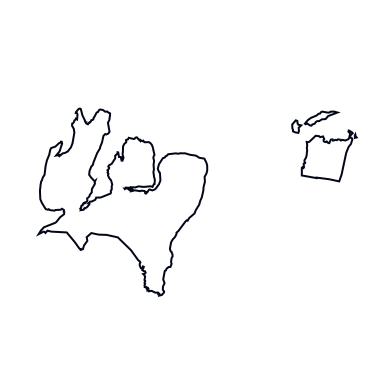 Buton Tengah, Sulawesi Tenggara, Indonesia, rotated 192°
{"feature_id": "22746128B6718763508294", "entity_name": "Buton Tengah", "entity_type": "district", "adm_level": 2, "iso_a3": "IDN", "parent_name": "Indonesia", "parent_adm1": "Sulawesi Tenggara", "projection": "equal_earth", "projection_center": [122.47, -5.333], "detail": "fine", "context": "isolated", "style": "outline", "palette": "ink", "viewbox_px": 384, "rotation_deg": 192, "n_neighbors": 0, "source": "geoboundaries", "source_scale": "gbopen_adm2", "svg_char_len": 6040}
<svg xmlns="http://www.w3.org/2000/svg" viewBox="0 0 384 384"><g transform="rotate(192 192 192)"><path d="M202.6,83.8L200.1,85.0L198.5,87.9L198.6,88.9L200.1,90.2L200.6,92.2L200.7,93.6L199.9,97.2L202.0,100.5L202.2,109.1L201.3,109.8L200.9,111.7L199.3,113.7L197.5,114.2L197.0,117.4L198.0,119.4L198.2,123.0L197.6,125.1L198.0,126.6L199.5,129.1L200.4,129.4L201.4,131.0L201.8,132.1L202.0,138.3L201.1,141.3L199.1,144.8L198.4,148.1L198.7,149.0L197.1,151.2L192.2,161.9L191.0,163.4L190.3,163.1L189.3,166.0L185.1,171.5L184.5,175.0L182.3,181.2L182.1,185.1L181.3,188.7L181.2,195.9L181.7,198.8L181.5,204.7L182.8,209.5L181.7,213.2L181.6,216.3L182.7,221.2L184.0,223.6L186.8,227.2L192.0,227.0L195.6,228.4L201.7,228.0L206.7,228.4L211.7,227.4L213.2,226.6L216.0,226.4L223.1,224.0L224.3,222.1L225.3,221.4L225.7,220.2L227.6,218.9L230.1,212.2L230.3,207.7L228.6,204.9L227.7,204.5L227.1,203.2L225.3,196.7L225.9,192.8L228.2,187.7L229.2,186.5L231.2,185.3L233.8,185.7L234.5,185.3L235.6,182.6L236.6,182.6L236.4,181.2L236.8,180.8L237.5,181.0L238.0,182.6L238.8,183.1L241.6,182.8L242.9,182.0L248.1,181.8L250.4,180.7L249.8,181.7L250.7,182.1L251.1,181.2L252.3,180.5L252.8,181.4L253.5,180.9L254.4,181.5L255.2,181.0L254.8,181.7L255.5,182.0L257.7,181.7L258.3,180.9L258.6,181.2L258.2,181.2L257.8,182.5L254.0,183.1L252.7,182.7L252.1,183.3L252.6,184.0L248.4,184.7L245.5,186.4L240.4,186.9L233.6,189.0L231.7,188.8L230.9,191.8L230.3,192.0L230.4,193.0L230.9,196.3L232.2,198.8L233.9,203.5L233.9,206.0L235.2,210.4L235.6,214.7L236.9,217.3L236.9,219.2L236.4,220.4L239.7,227.7L241.2,229.9L242.9,231.2L244.5,231.8L248.9,230.8L251.0,232.6L250.7,232.0L251.0,231.5L252.9,231.9L252.6,231.3L252.9,230.9L253.9,231.7L254.0,232.3L254.8,232.1L257.3,234.0L258.6,233.4L259.2,232.1L260.3,231.7L265.1,231.9L265.6,230.2L267.3,229.2L266.7,227.0L268.3,224.8L268.9,222.3L267.9,216.5L267.9,215.0L267.0,212.8L267.2,210.9L267.0,210.5L266.9,212.8L266.1,211.1L266.5,208.3L267.4,208.1L269.0,211.4L270.7,211.1L272.4,215.4L273.1,215.4L272.9,214.1L274.7,211.6L274.1,208.9L276.4,202.9L278.8,200.7L279.2,199.5L278.0,198.4L278.3,197.0L279.2,195.8L278.5,195.2L278.4,194.1L278.7,193.6L277.5,192.3L277.8,191.4L277.5,190.6L275.5,188.0L273.6,186.6L271.6,182.8L271.7,180.8L271.0,177.7L271.7,176.4L271.1,174.5L271.4,173.5L280.2,167.6L284.6,166.6L284.9,164.4L287.9,161.9L289.7,161.4L290.8,159.6L290.0,159.8L289.8,158.6L291.5,155.4L293.7,153.3L293.9,153.5L294.4,152.1L296.8,151.2L296.6,151.7L297.0,152.4L297.8,152.5L297.2,153.9L297.4,155.0L296.6,155.4L297.1,155.4L297.1,155.8L296.2,156.2L296.2,157.6L295.6,158.7L294.8,158.5L294.5,159.3L294.2,159.0L292.8,160.9L292.6,162.1L293.3,163.9L292.0,165.4L291.3,167.0L291.4,168.0L290.0,170.7L290.5,174.1L288.6,180.0L289.2,180.9L288.9,183.0L289.2,182.6L290.2,182.7L293.7,185.2L296.2,187.5L296.6,191.5L295.7,196.3L294.9,197.2L294.5,198.7L294.6,199.9L292.9,210.2L291.1,215.5L291.1,217.5L290.3,221.8L290.3,228.5L289.0,230.6L287.7,230.5L286.0,231.8L285.2,233.8L288.6,242.2L287.8,245.4L288.3,251.4L288.7,252.0L290.2,252.2L291.6,253.1L293.6,252.5L295.9,253.6L298.5,253.7L299.6,253.2L300.1,252.6L300.4,250.9L301.8,249.9L303.1,245.1L303.6,244.5L303.6,242.5L304.5,241.6L305.0,241.6L305.1,242.2L305.8,239.5L306.5,238.6L306.8,238.8L307.9,236.6L309.7,237.1L309.8,238.1L310.4,237.9L311.4,238.9L311.4,239.4L315.1,244.2L318.0,250.0L319.0,250.3L320.2,249.6L322.1,246.0L322.1,245.1L321.1,245.4L320.1,244.1L319.5,239.1L320.9,239.6L321.2,238.2L321.9,237.5L322.0,236.2L322.6,234.6L323.3,234.3L323.5,234.8L323.1,231.8L320.8,229.3L319.4,225.6L319.0,214.8L319.7,210.5L321.9,205.9L324.5,203.7L326.5,202.9L329.2,199.4L329.9,199.8L329.8,200.6L332.5,199.4L330.0,204.2L329.1,212.3L329.8,214.0L330.7,214.0L331.1,212.8L332.2,212.1L335.1,208.0L338.8,205.8L339.4,204.1L339.4,198.8L340.5,192.7L340.6,187.2L339.8,178.1L341.0,175.0L341.2,172.3L341.7,170.9L341.6,167.5L341.0,161.7L338.9,153.5L336.7,150.3L332.1,145.4L331.2,144.8L329.2,144.7L328.5,145.4L327.3,144.8L322.7,145.1L321.8,146.0L316.9,147.3L315.6,148.6L313.4,147.6L313.3,145.9L312.7,145.7L312.5,143.7L315.8,139.8L318.4,134.5L319.4,133.4L329.4,126.8L331.8,122.8L333.2,118.9L329.3,122.1L328.2,122.4L326.8,121.5L325.4,124.1L321.4,124.0L306.1,126.4L296.2,118.6L290.1,113.0L288.9,113.2L288.7,112.3L286.8,113.4L286.5,117.3L284.2,122.4L285.6,125.9L281.9,130.9L274.5,130.9L266.5,132.3L255.1,132.2L239.6,122.4L230.2,113.9L229.0,113.5L227.8,112.4L228.2,111.1L227.9,109.4L226.2,106.9L224.8,107.0L224.4,109.0L223.6,108.8L223.8,107.0L224.5,105.4L222.8,104.6L221.5,104.7L220.6,103.5L221.0,102.5L222.7,101.6L221.4,100.8L220.2,99.3L220.2,96.0L219.2,95.2L219.6,93.3L218.7,92.4L219.1,91.2L218.5,89.2L217.4,89.6L216.2,87.9L215.7,88.1L215.7,89.2L215.2,89.1L214.5,88.2L215.1,87.8L215.1,86.4L214.1,86.8L213.7,85.9L210.9,86.9L206.9,85.9L204.7,86.5L204.1,85.5L203.7,86.2L202.7,85.7L202.6,83.8ZM46.5,272.1L46.1,276.8L46.7,277.8L48.4,278.0L48.8,278.7L48.4,281.0L47.0,282.8L47.4,283.4L50.9,284.7L51.5,284.7L51.5,283.5L50.0,282.6L49.4,281.2L49.6,277.2L50.1,276.1L52.6,274.3L56.1,274.2L57.0,273.3L58.3,274.0L60.2,273.8L61.1,272.8L62.2,272.9L64.7,271.6L65.4,272.7L66.0,272.6L67.1,272.0L67.9,268.3L69.0,268.3L70.5,269.4L71.0,269.4L71.5,268.6L73.1,268.7L73.9,269.3L74.1,270.6L73.7,271.3L75.4,273.6L78.0,272.3L79.2,273.0L82.7,272.7L87.6,265.6L88.9,264.8L90.2,264.8L88.9,261.3L88.9,259.1L88.1,257.1L87.5,251.8L87.6,249.3L88.6,246.4L88.1,244.6L87.4,244.3L87.4,243.8L88.6,242.8L87.6,239.2L88.1,238.5L89.1,239.2L89.6,238.5L88.0,231.0L72.9,231.5L73.0,232.0L60.4,233.0L50.2,233.0L49.3,240.2L49.3,262.3L48.2,268.6L46.5,272.1ZM93.4,282.9L90.4,281.6L88.9,281.8L88.3,283.1L86.2,284.3L85.4,286.3L84.3,287.3L82.2,287.9L80.0,290.1L76.5,291.1L74.6,294.6L66.2,300.0L69.7,300.2L73.1,299.4L73.8,298.5L75.5,297.9L81.4,297.7L82.4,296.9L83.1,295.3L84.5,294.8L85.9,292.8L91.1,289.2L93.6,286.4L95.8,282.3L95.0,281.9L93.4,282.9ZM103.6,271.8L100.3,271.9L100.0,273.7L101.0,277.0L99.0,279.9L102.0,279.9L103.0,281.0L103.7,283.3L105.3,283.7L108.0,278.9L107.1,275.2L106.2,273.9L105.9,272.4L103.6,271.8ZM43.9,278.8L42.3,279.6L43.5,280.5L44.2,282.2L44.5,281.2L43.9,278.8Z" fill="none" stroke="#020617" stroke-width="2"/></g></svg>